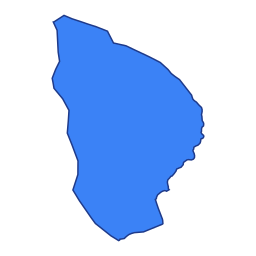 the district of Kobé, Wadi Fira, Chad
{"feature_id": "50815135B20529104749764", "entity_name": "Kobé", "entity_type": "district", "adm_level": 2, "iso_a3": "TCD", "parent_name": "Chad", "parent_adm1": "Wadi Fira", "projection": "robinson", "projection_center": [22.719, 15.288], "detail": "fine", "context": "isolated", "style": "filled", "palette": "blue", "viewbox_px": 256, "rotation_deg": 0, "n_neighbors": 0, "source": "geoboundaries", "source_scale": "gbopen_adm2", "svg_char_len": 2598}
<svg xmlns="http://www.w3.org/2000/svg" viewBox="0 0 256 256"><path d="M119.6,240.1L119.9,239.2L121.4,239.0L123.7,238.6L124.3,238.5L124.6,238.3L125.0,237.7L127.7,235.4L127.9,235.3L129.3,234.3L129.5,234.3L131.7,233.4L134.6,232.6L135.0,232.6L143.5,231.9L162.3,224.2L162.9,223.7L162.7,220.6L162.4,219.1L158.3,208.4L156.6,203.4L156.1,201.8L155.4,199.6L155.5,199.6L156.3,198.6L156.4,198.4L156.4,198.0L156.5,197.8L156.5,197.2L156.9,196.4L157.6,194.9L158.1,194.4L158.4,194.2L160.1,192.8L161.0,192.1L161.7,191.7L162.3,191.3L162.7,191.2L164.3,190.6L165.6,190.8L165.8,190.8L166.6,191.2L169.0,189.8L169.2,189.7L168.4,188.7L168.3,187.4L168.3,186.5L168.2,186.3L168.1,185.9L167.7,184.4L167.4,182.5L167.4,182.4L167.4,181.8L167.5,181.3L167.9,179.7L169.1,178.5L169.6,177.9L170.2,177.2L170.5,176.8L170.6,176.7L170.9,176.3L171.0,176.3L172.1,176.0L174.0,173.8L174.1,173.7L176.1,170.9L176.4,169.7L176.5,169.6L176.7,169.1L176.9,168.9L178.4,168.3L179.2,167.9L180.4,167.5L181.1,167.2L183.1,164.8L183.2,164.7L183.3,164.0L183.3,163.6L183.4,163.0L183.7,162.3L183.8,162.2L184.6,161.6L186.8,160.0L186.9,159.9L188.5,159.6L190.1,159.8L191.5,159.9L193.3,159.2L194.0,158.4L194.5,157.5L194.5,157.4L194.5,156.9L194.6,156.0L194.6,155.9L194.6,155.7L194.2,153.8L194.2,153.7L193.4,151.9L193.1,151.1L193.0,150.2L193.4,149.5L193.5,149.4L193.7,149.1L193.8,147.7L193.8,147.4L193.9,147.2L196.0,145.9L197.1,145.5L197.9,145.2L199.6,143.6L200.2,142.8L200.6,141.3L200.7,140.5L200.9,139.1L201.4,138.6L201.5,138.6L202.4,138.5L203.3,137.7L203.8,136.6L203.6,135.4L202.3,134.3L202.1,134.1L201.4,133.1L201.1,132.7L201.1,132.1L201.4,131.6L201.5,131.4L201.5,131.2L201.5,130.7L201.5,128.9L202.0,127.3L202.0,127.2L203.3,126.1L203.5,125.9L203.6,125.2L203.6,124.8L203.6,124.6L203.7,124.4L203.7,123.7L203.4,122.6L202.6,121.3L202.3,120.8L202.2,120.6L201.9,116.5L201.9,116.4L201.8,116.1L201.5,114.8L201.5,114.6L202.1,111.7L202.1,111.1L202.1,109.5L201.5,107.5L200.7,106.7L199.0,105.1L198.9,105.0L197.6,103.5L196.5,102.2L196.4,102.1L194.9,101.1L194.0,100.4L192.7,98.9L192.7,98.7L191.7,95.7L191.7,95.3L191.4,94.9L186.9,89.1L179.5,79.6L175.0,76.5L171.2,73.5L168.1,69.6L160.3,62.5L149.4,56.9L133.5,49.4L126.0,45.8L113.5,43.0L108.2,32.7L107.5,31.2L96.3,26.8L87.6,24.0L83.6,22.6L72.1,18.8L71.8,18.7L71.4,18.5L64.0,15.4L59.4,18.4L59.2,18.5L54.1,21.8L53.3,22.0L57.1,30.3L58.2,52.2L59.6,61.4L55.6,69.5L52.2,78.3L53.0,82.4L54.0,88.3L62.7,98.8L69.0,110.4L68.3,121.0L67.3,133.1L71.9,144.6L78.0,160.9L77.9,174.5L72.9,190.0L75.1,193.6L79.4,200.7L91.3,217.9L95.4,223.5L104.1,230.4L110.9,235.8L118.7,240.6L119.6,240.1Z" fill="#3b82f6" stroke="#1e3a8a" stroke-width="1.5"/></svg>